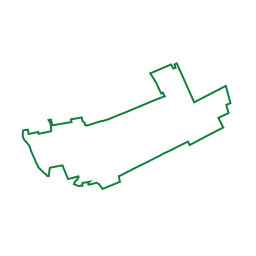 the district of Barcea, Galati, Romania, rotated 351°
{"feature_id": "2599482B6592604514944", "entity_name": "Barcea", "entity_type": "district", "adm_level": 2, "iso_a3": "ROU", "parent_name": "Romania", "parent_adm1": "Galati", "projection": "orthographic", "projection_center": [27.463, 45.764], "detail": "fine", "context": "isolated", "style": "outline", "palette": "green", "viewbox_px": 256, "rotation_deg": 351, "n_neighbors": 0, "source": "geoboundaries", "source_scale": "gbopen_adm2", "svg_char_len": 2060}
<svg xmlns="http://www.w3.org/2000/svg" viewBox="0 0 256 256"><g transform="rotate(351 128 128)"><path d="M233.1,119.5L231.2,101.7L197.4,113.0L186.3,71.8L183.9,72.5L184.4,76.0L183.0,76.3L182.2,76.4L180.4,72.0L158.5,77.5L162.7,87.1L166.2,99.1L167.9,98.4L169.3,102.4L169.2,102.4L162.5,103.8L162.4,103.9L159.4,104.5L154.0,105.8L135.9,110.2L135.7,110.3L127.3,112.3L117.4,114.5L110.6,116.2L109.4,116.4L103.7,117.2L102.9,117.0L96.4,117.8L96.0,118.0L94.4,118.3L93.0,118.4L87.9,119.2L86.0,118.3L86.1,116.2L85.1,115.2L84.2,114.0L84.0,113.3L84.0,110.4L73.0,110.5L73.1,113.3L53.9,113.5L53.5,111.9L53.2,107.6L50.8,107.7L52.0,110.8L52.1,112.3L51.9,117.9L51.4,119.2L38.9,119.8L38.7,119.8L38.7,117.9L28.9,118.4L28.8,114.0L28.2,113.9L27.3,113.9L26.1,113.9L24.2,113.9L23.9,114.7L23.6,115.6L23.5,115.8L23.3,116.6L23.1,117.5L23.0,118.4L22.9,119.1L22.9,120.1L22.9,120.9L23.0,121.2L23.2,121.8L23.8,123.8L25.8,126.6L27.6,130.0L28.1,131.3L28.7,135.7L30.1,141.2L31.2,144.6L31.6,147.2L32.6,149.9L33.3,152.9L36.2,156.7L36.8,157.7L36.9,157.8L37.0,157.9L37.3,158.3L37.7,159.0L38.4,159.7L39.5,160.5L40.2,161.7L40.7,162.7L41.0,163.0L41.4,163.1L41.6,163.0L41.9,163.0L42.2,163.1L44.5,155.3L46.0,154.9L57.4,154.7L60.8,169.0L63.2,168.8L68.3,168.3L69.3,168.4L69.5,168.1L70.0,168.1L71.5,168.0L71.6,168.3L71.6,168.6L71.2,169.1L70.7,169.7L70.5,170.0L70.2,170.5L69.9,170.9L69.4,171.2L68.1,172.1L67.2,172.8L66.6,173.3L66.3,173.7L66.3,173.8L66.5,174.1L66.4,174.5L66.1,174.8L65.9,175.0L68.7,176.8L69.2,177.1L70.0,177.4L70.1,177.5L71.6,177.9L72.3,177.4L73.9,178.0L74.3,175.2L75.2,175.2L75.4,175.2L76.3,175.2L76.8,175.2L81.4,175.1L80.4,175.7L79.9,177.4L80.8,177.9L88.5,177.2L90.6,179.0L93.4,184.2L111.6,179.9L111.4,174.1L113.2,173.7L113.5,173.7L116.3,172.7L116.6,172.6L121.7,170.9L121.8,170.9L122.8,170.6L126.8,169.2L143.5,164.1L144.2,163.8L149.7,162.0L155.0,160.4L158.8,158.8L160.2,158.5L163.0,157.7L165.8,157.0L171.2,155.2L172.8,154.6L177.5,153.2L185.1,150.8L186.2,154.5L205.8,147.8L222.2,142.4L218.8,132.1L229.6,129.0L228.7,120.5L233.1,119.5Z" fill="none" stroke="#15803d" stroke-width="2"/></g></svg>